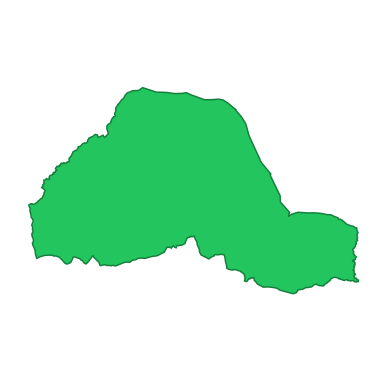 Jaman North, Brong Ahafo, Ghana, rotated 87°
{"feature_id": "2480657B44306962794399", "entity_name": "Jaman North", "entity_type": "district", "adm_level": 2, "iso_a3": "GHA", "parent_name": "Ghana", "parent_adm1": "Brong Ahafo", "projection": "albers", "projection_center": [-2.617, 7.913], "detail": "fine", "context": "isolated", "style": "filled", "palette": "green", "viewbox_px": 384, "rotation_deg": 87, "n_neighbors": 0, "source": "geoboundaries", "source_scale": "gbopen_adm2", "svg_char_len": 6006}
<svg xmlns="http://www.w3.org/2000/svg" viewBox="0 0 384 384"><g transform="rotate(87 192 192)"><path d="M250.2,350.4L249.7,349.7L248.9,347.7L247.7,343.0L247.5,338.0L247.9,337.0L247.7,336.2L247.7,335.1L248.6,333.8L248.8,331.4L249.8,328.5L253.0,325.3L256.4,322.7L257.4,320.8L257.3,320.0L256.1,316.8L252.0,314.5L251.2,314.3L250.8,314.1L250.6,313.4L250.8,312.3L252.7,307.5L254.1,306.5L254.8,304.9L257.2,303.5L258.3,301.7L257.9,301.0L256.4,299.4L250.8,294.7L250.6,294.2L252.2,293.4L256.2,289.7L256.7,288.8L260.0,287.9L260.6,287.4L260.8,286.8L260.2,284.9L260.2,282.5L260.9,280.8L260.9,279.0L261.5,276.8L261.0,275.0L261.2,274.1L261.7,273.1L261.8,272.0L258.5,262.3L258.9,257.6L257.1,255.3L256.6,251.5L255.5,249.4L255.2,247.8L255.8,241.7L254.9,238.6L254.3,235.3L253.9,230.9L253.5,229.1L251.5,225.2L250.9,223.0L245.8,219.8L246.2,216.5L247.0,215.7L244.6,213.5L246.2,212.3L246.9,210.8L245.0,210.1L244.6,209.7L244.6,208.7L245.0,207.9L244.5,206.5L244.6,205.0L243.3,202.1L242.8,201.5L241.3,201.1L239.6,200.1L238.5,199.8L237.3,198.5L236.9,196.5L236.6,196.2L236.6,195.2L236.2,194.7L236.6,194.2L236.7,193.6L236.6,192.7L236.3,192.1L237.4,191.6L239.4,191.2L240.7,190.3L242.5,189.7L245.0,189.5L250.1,187.5L251.8,187.8L255.4,186.2L259.7,178.6L257.9,175.9L256.8,173.0L256.2,173.0L255.7,171.7L256.1,170.2L255.8,169.1L256.1,168.4L255.7,166.9L256.3,163.3L258.5,162.6L263.8,162.1L266.1,161.5L267.2,161.5L267.8,161.1L269.2,161.3L270.1,161.1L270.9,159.9L271.6,157.9L272.1,155.8L271.6,154.1L272.0,152.8L272.1,151.2L272.9,150.1L273.6,147.7L274.2,147.5L274.4,146.8L275.6,145.7L275.7,145.0L276.4,144.8L277.8,143.8L278.8,144.0L279.8,143.5L280.7,143.7L280.9,143.6L281.9,143.7L283.5,144.2L283.5,143.8L284.2,142.7L284.2,142.2L283.7,141.4L282.5,140.5L281.6,140.0L281.9,138.9L281.4,138.1L280.8,137.6L281.0,137.3L280.8,137.0L281.2,135.7L280.8,134.8L281.3,134.4L283.3,134.5L284.0,133.8L284.6,133.6L285.3,132.7L285.8,132.6L287.3,131.4L287.9,130.7L287.9,130.1L288.9,129.1L289.0,128.5L290.7,126.1L290.8,120.5L291.9,114.4L292.8,111.8L294.6,109.4L298.8,96.6L298.6,95.1L298.0,93.2L296.1,91.5L295.3,91.4L294.9,86.6L294.1,84.6L293.2,83.3L293.5,82.4L293.2,79.3L293.0,78.8L293.1,78.0L292.6,76.8L291.6,75.8L290.7,74.1L290.7,73.0L291.0,72.6L290.7,72.0L291.2,71.6L292.1,70.0L292.7,65.6L292.3,65.1L291.8,65.1L290.5,63.1L290.3,62.3L289.4,61.5L289.3,61.0L288.7,60.6L287.5,58.6L286.3,58.0L285.9,57.6L284.7,55.0L284.6,54.1L285.5,50.5L286.4,49.9L286.3,48.9L286.7,48.7L287.3,46.8L288.0,45.8L288.0,45.1L288.3,44.3L287.7,43.0L287.7,42.3L287.8,41.8L288.6,40.8L288.3,40.2L289.1,38.4L288.8,35.9L290.2,34.2L290.2,33.1L290.5,32.5L290.1,31.0L290.1,30.5L289.7,30.4L288.6,30.4L288.1,31.8L286.8,32.4L286.5,34.1L285.8,34.1L285.1,34.7L284.5,34.3L284.1,34.5L284.0,34.2L282.8,33.1L282.1,33.6L282.0,34.5L279.5,34.2L279.1,34.3L278.4,35.4L277.9,34.4L275.9,34.0L275.4,34.2L275.0,33.9L274.4,33.8L274.4,33.4L273.1,33.5L272.7,32.9L272.2,32.9L271.0,33.1L270.3,33.4L269.9,33.9L270.1,34.3L269.3,35.3L268.2,34.3L268.2,33.7L268.5,33.5L268.1,32.7L267.6,32.3L266.9,32.4L265.5,31.3L263.4,33.2L263.0,33.3L262.6,33.9L261.7,33.9L261.2,34.1L260.4,33.5L259.4,33.9L258.6,34.4L258.2,34.4L257.3,34.3L256.9,33.3L256.3,33.0L255.2,31.9L253.7,31.5L252.3,30.7L252.2,30.5L250.6,31.0L248.9,29.2L248.0,29.8L246.1,29.0L245.4,29.4L243.5,29.4L241.0,28.4L240.4,28.9L239.8,28.8L239.1,29.3L236.4,29.5L236.5,30.2L236.0,30.9L236.1,31.2L234.7,32.5L234.0,35.4L232.2,39.3L229.1,42.3L228.0,43.7L226.9,45.4L227.0,46.8L225.3,47.8L223.7,51.7L222.8,52.6L222.6,53.7L222.0,54.6L221.6,58.5L220.1,64.3L219.2,70.8L219.0,77.3L217.8,87.2L218.1,88.0L218.2,89.3L219.2,92.1L219.2,93.0L221.0,96.7L219.4,96.6L217.5,95.6L206.7,104.2L200.4,104.2L180.1,112.7L177.8,112.8L177.8,112.6L166.2,121.2L140.0,131.6L136.3,132.8L136.3,132.6L126.5,134.8L119.5,138.7L112.4,144.2L112.1,143.9L105.0,151.6L101.7,156.2L100.7,160.4L100.8,168.0L100.5,174.7L94.7,188.4L92.5,192.4L93.0,196.3L92.8,204.3L91.2,212.6L90.4,222.5L85.2,235.8L86.5,238.1L87.4,239.1L87.8,240.2L87.8,245.9L88.2,247.4L88.8,248.3L89.3,250.7L89.7,251.5L91.8,253.6L94.5,255.2L95.5,256.2L96.0,257.2L99.5,260.0L100.9,261.6L101.9,262.0L103.6,263.5L106.1,264.0L107.8,264.0L109.4,265.1L110.5,265.2L111.8,264.5L112.3,264.7L112.8,265.4L112.8,266.5L115.3,268.5L116.5,268.7L117.1,269.4L118.6,269.7L119.0,270.2L120.2,272.4L121.1,273.2L121.8,273.5L123.8,273.7L125.7,273.4L129.2,272.4L132.6,275.9L132.9,276.4L132.3,277.0L130.6,277.9L130.8,278.8L131.8,280.3L132.3,281.7L132.3,282.6L132.1,283.1L130.3,283.4L129.9,283.7L129.5,285.3L129.6,285.8L131.7,288.8L131.7,289.9L132.6,291.0L132.6,291.9L134.1,292.7L134.7,293.4L136.2,293.5L137.9,295.4L137.3,296.7L137.7,298.0L138.5,299.2L140.6,301.1L140.8,303.2L142.5,303.5L142.9,304.1L144.3,304.9L144.4,306.3L145.8,308.8L147.3,309.2L147.9,309.9L149.8,310.6L150.4,311.6L151.4,312.0L151.7,312.8L153.0,313.1L154.0,312.9L155.1,313.1L155.5,314.9L156.3,316.1L156.8,317.4L156.1,318.4L156.7,318.7L156.8,320.0L156.4,320.2L156.4,320.5L156.7,321.5L157.3,321.6L157.6,322.0L158.9,322.4L159.4,323.0L159.5,323.3L158.8,323.4L159.5,324.7L159.3,325.5L160.0,325.8L160.7,326.7L161.6,327.2L163.0,326.0L163.3,326.0L163.2,326.5L163.4,326.6L163.7,327.2L164.3,327.5L164.9,327.4L165.4,328.1L165.2,329.4L165.9,329.7L166.6,329.1L167.0,329.2L167.2,330.5L168.0,331.3L167.9,332.4L168.3,333.1L169.5,333.8L170.2,333.9L170.5,333.5L171.1,333.7L171.6,333.5L171.6,335.8L171.1,336.3L171.0,336.8L172.1,337.5L172.5,339.4L175.1,339.1L175.3,339.7L176.3,339.5L176.6,339.7L177.2,340.7L177.8,340.5L179.1,340.7L179.1,341.4L179.6,341.9L182.2,338.8L183.2,338.7L184.9,339.8L186.4,339.9L187.4,340.3L187.8,340.8L190.4,342.1L190.9,343.6L191.7,344.3L193.2,346.4L194.3,347.2L195.5,349.3L196.1,351.0L195.3,352.6L195.2,353.4L195.7,354.0L196.3,355.6L198.5,355.2L199.8,354.5L202.5,354.8L206.9,353.9L209.0,353.9L210.2,352.9L212.5,352.0L216.6,353.8L219.0,353.0L221.0,353.3L223.5,352.8L224.0,353.0L224.7,353.8L225.6,354.1L227.8,354.0L230.6,353.0L233.0,352.9L233.3,353.0L234.3,354.0L235.2,354.0L237.3,353.5L240.5,352.2L242.8,351.7L245.9,351.6L249.7,350.7L250.2,350.4Z" fill="#22c55e" stroke="#15803d" stroke-width="1.5"/></g></svg>